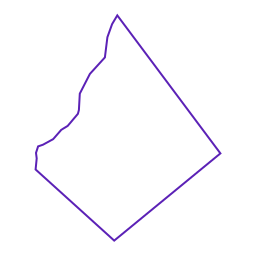 10 Ramadan 1, Al Qahirah, Egypt (orthographic projection)
{"feature_id": "37247803B47496652532681", "entity_name": "10 Ramadan 1", "entity_type": "district", "adm_level": 2, "iso_a3": "EGY", "parent_name": "Egypt", "parent_adm1": "Al Qahirah", "projection": "orthographic", "projection_center": [31.717, 30.222], "detail": "fine", "context": "isolated", "style": "outline", "palette": "violet", "viewbox_px": 256, "rotation_deg": 0, "n_neighbors": 0, "source": "geoboundaries", "source_scale": "gbopen_adm2", "svg_char_len": 359}
<svg xmlns="http://www.w3.org/2000/svg" viewBox="0 0 256 256"><path d="M35.6,169.5L111.9,238.5L114.2,240.6L220.4,153.4L117.3,15.4L114.6,19.9L112.1,24.1L107.4,37.2L104.9,57.4L89.9,73.9L79.8,93.6L78.9,110.0L77.9,113.8L67.7,125.9L61.3,129.8L53.2,139.1L43.0,144.7L38.1,146.4L36.0,152.9L36.7,158.4L35.6,169.5Z" fill="none" stroke="#5b21b6" stroke-width="2"/></svg>